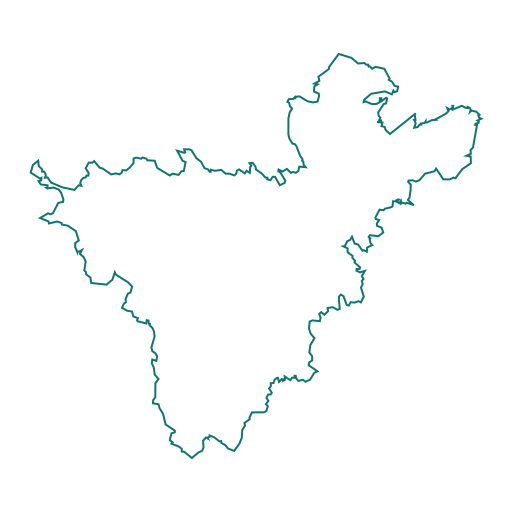 Ayutla, Jalisco, Mexico (Mercator projection)
{"feature_id": "50627088B89309847194921", "entity_name": "Ayutla", "entity_type": "district", "adm_level": 2, "iso_a3": "MEX", "parent_name": "Mexico", "parent_adm1": "Jalisco", "projection": "mercator", "projection_center": [-104.414, 20.041], "detail": "fine", "context": "isolated", "style": "outline", "palette": "teal", "viewbox_px": 512, "rotation_deg": 0, "n_neighbors": 0, "source": "geoboundaries", "source_scale": "gbopen_adm2", "svg_char_len": 6014}
<svg xmlns="http://www.w3.org/2000/svg" viewBox="0 0 512 512"><path d="M329.1,67.0L328.8,69.1L318.4,76.7L319.4,80.9L314.3,83.6L317.6,84.4L314.3,86.4L314.0,91.5L318.7,93.6L319.1,95.9L317.5,101.6L313.0,102.4L307.7,101.3L299.5,96.4L296.8,96.6L295.3,98.0L295.0,97.0L293.3,98.9L288.8,99.2L287.4,101.8L289.1,102.8L290.0,106.3L292.1,108.6L289.7,112.4L288.4,118.5L288.4,134.6L289.5,138.8L292.4,143.6L294.7,144.0L296.5,146.3L300.1,155.8L302.5,159.1L302.1,160.7L303.3,161.6L303.7,165.0L305.6,167.2L299.3,166.6L298.3,170.9L295.9,172.8L293.0,171.9L291.0,172.9L286.9,168.9L282.5,171.6L278.6,169.5L278.3,171.3L280.4,172.6L285.3,180.6L284.5,183.0L279.8,185.2L275.0,176.8L272.7,176.8L270.4,180.2L267.2,179.3L267.4,177.7L265.3,177.5L261.9,173.6L256.0,169.5L255.5,166.7L252.6,162.8L249.5,163.2L251.3,165.7L250.1,167.4L249.8,172.9L246.6,170.8L244.8,173.4L239.1,169.4L236.9,170.6L236.3,173.5L234.4,175.4L229.5,173.7L225.7,173.7L221.3,169.9L214.8,170.8L210.8,169.7L210.6,171.8L209.7,171.8L208.0,169.4L204.4,168.1L201.1,161.8L196.3,158.1L191.5,150.2L189.2,149.3L184.1,149.3L185.1,152.4L184.4,152.8L177.1,150.7L182.6,160.8L185.6,162.0L183.8,171.0L181.3,171.3L178.6,174.9L172.6,173.7L169.8,175.5L157.2,167.9L154.7,160.7L147.3,160.3L146.4,158.7L142.4,157.5L141.2,158.7L136.2,157.6L133.6,158.5L133.5,163.2L129.4,167.9L126.2,170.4L122.5,170.1L121.6,172.8L119.4,174.3L115.9,173.4L111.2,174.4L102.8,168.6L99.7,167.7L94.1,161.1L92.3,162.7L88.7,162.6L85.7,168.3L88.6,173.0L88.4,175.6L86.4,175.7L85.7,177.4L83.4,177.9L81.1,180.3L80.2,183.2L81.3,185.8L78.7,185.3L74.4,189.9L62.6,187.4L51.0,182.6L47.6,177.4L44.9,177.7L45.8,175.4L45.1,173.0L44.1,171.6L42.1,171.6L42.2,169.5L38.8,166.1L38.2,160.7L32.9,165.0L30.7,172.6L39.9,178.5L41.4,177.8L41.2,180.4L38.5,181.1L40.9,184.5L47.6,185.3L47.5,187.6L46.4,187.8L47.4,188.5L53.4,187.5L58.6,189.5L61.1,192.7L63.4,199.3L63.1,201.9L58.2,202.9L53.2,212.9L50.7,214.3L48.0,213.3L40.1,218.0L48.5,221.4L49.0,223.5L57.0,221.5L61.5,222.9L61.9,224.5L67.9,225.7L75.8,231.1L78.8,240.5L75.3,243.0L75.2,247.2L77.3,252.1L77.4,251.2L79.1,251.7L81.9,250.1L79.9,253.9L83.6,257.0L85.7,261.5L84.3,270.5L85.9,272.0L86.2,274.3L90.4,277.6L91.2,283.0L106.6,284.6L112.4,279.7L114.8,272.3L115.9,274.6L128.2,282.4L132.1,286.6L130.5,292.4L127.9,293.7L125.6,298.9L125.9,302.3L123.9,303.6L122.0,307.8L127.1,310.7L132.0,311.6L133.4,316.5L137.9,318.1L137.0,320.3L137.7,321.3L146.2,323.4L146.7,320.2L148.5,320.6L148.7,323.6L149.9,323.9L149.6,325.1L152.6,328.2L154.0,331.6L154.6,336.6L151.4,347.5L152.4,351.3L155.0,352.8L157.2,356.2L156.3,360.9L152.3,359.5L151.8,363.2L153.8,367.6L154.7,374.5L158.5,379.0L155.4,383.2L155.3,397.3L153.2,400.1L152.9,403.3L158.5,404.3L159.6,408.3L163.1,413.9L165.6,424.5L174.8,430.6L174.8,432.3L171.4,433.4L169.8,440.2L172.7,442.3L171.5,443.7L178.5,446.4L181.7,448.7L181.8,451.6L184.1,451.7L191.9,458.0L198.4,452.5L202.2,450.7L203.5,447.4L203.1,440.6L206.1,437.5L207.9,438.6L207.5,437.7L209.6,436.7L209.6,435.5L214.2,437.3L219.4,441.4L221.2,441.1L221.4,443.0L225.3,445.1L228.0,448.5L234.1,450.9L239.5,443.5L241.8,437.7L242.3,429.7L245.0,425.8L244.4,423.0L249.7,419.2L249.4,417.6L252.0,412.4L264.1,412.3L266.5,410.8L267.8,406.2L265.9,404.1L268.4,400.9L266.4,397.9L268.1,394.6L270.8,394.4L271.8,392.8L269.1,388.5L270.9,386.1L270.7,383.3L273.5,383.0L274.6,379.7L276.8,378.0L277.9,377.8L279.0,381.9L281.8,379.0L283.0,379.3L282.9,380.8L285.0,379.9L284.7,376.4L290.4,380.2L292.0,377.7L294.4,377.8L294.6,375.8L295.7,375.8L296.2,378.4L298.3,380.9L303.0,379.8L305.5,381.8L310.1,379.6L314.2,372.9L317.5,371.3L308.6,365.2L309.2,362.4L312.2,360.4L312.1,356.1L309.3,352.5L310.4,344.9L314.5,338.2L310.6,333.6L309.0,328.4L309.7,321.5L312.7,320.4L319.9,321.2L320.5,317.6L319.3,313.9L321.2,312.1L324.4,314.8L328.1,311.1L327.6,308.0L332.8,307.2L337.3,309.8L339.7,309.0L338.9,298.9L339.1,296.4L340.9,294.6L343.5,296.2L346.7,305.0L348.9,305.5L350.6,302.2L354.4,302.6L358.5,301.2L360.9,302.4L363.8,296.6L361.0,287.7L362.7,284.0L361.8,280.9L363.5,279.0L361.8,276.2L364.9,270.9L359.9,272.3L356.4,270.6L356.6,268.9L359.6,269.0L360.0,267.3L354.5,262.4L355.0,260.7L352.3,257.7L352.6,255.9L347.6,252.3L347.6,248.4L343.3,246.3L344.9,246.0L347.2,241.2L350.0,240.0L352.0,236.7L354.6,243.6L358.1,244.5L362.4,250.7L363.8,250.1L366.8,251.7L367.2,247.5L372.3,245.1L370.6,243.3L369.6,239.1L370.3,238.4L368.7,237.0L369.9,235.2L378.4,236.2L383.2,232.5L381.7,227.7L377.1,225.9L376.8,223.5L379.1,220.1L375.8,219.0L375.4,217.6L379.5,209.7L383.6,210.2L384.9,208.7L391.6,207.1L392.6,206.0L393.0,201.3L394.8,201.4L398.0,199.4L398.9,199.6L396.8,201.8L399.3,203.2L400.8,201.0L401.0,203.5L402.2,202.6L405.6,203.7L406.6,202.7L413.7,205.1L407.9,199.9L409.5,197.6L410.6,190.2L410.7,184.5L408.2,182.0L408.5,180.6L412.6,180.3L415.9,181.5L419.4,180.3L425.0,173.7L434.5,171.3L436.1,168.6L443.3,179.3L449.7,179.4L453.4,177.6L455.4,178.3L462.2,169.2L470.9,163.2L470.7,156.5L466.5,155.8L470.8,153.8L470.6,150.1L473.0,147.5L477.0,124.9L475.1,124.8L475.4,123.8L478.6,122.8L478.8,121.6L477.4,120.6L481.3,118.7L479.1,117.7L478.4,115.3L479.5,114.8L476.4,111.8L471.7,110.6L470.0,112.0L470.7,109.7L469.9,108.0L467.8,107.0L467.9,108.1L465.6,107.8L461.8,105.8L452.7,109.6L453.2,105.9L452.3,105.9L452.4,108.2L449.5,109.4L447.2,108.1L448.5,111.2L445.6,113.9L435.6,119.3L436.1,119.8L431.7,120.2L427.4,122.3L425.6,122.3L425.6,121.4L424.6,123.0L420.9,123.5L421.2,124.6L419.4,124.8L417.6,127.1L414.2,127.7L415.7,123.2L414.1,119.9L415.5,119.9L414.7,114.5L415.8,113.3L390.0,134.0L385.8,130.2L384.6,126.9L381.5,126.1L382.5,122.6L377.0,122.1L381.2,121.5L380.9,120.3L379.1,120.4L380.4,117.7L378.7,116.0L378.2,112.4L383.7,104.0L386.0,103.5L387.1,98.6L386.1,97.8L381.6,101.0L381.3,98.2L379.9,98.2L379.8,100.8L381.1,101.4L376.3,104.0L372.0,104.1L365.6,101.4L363.7,102.1L364.2,99.8L371.1,93.8L384.9,91.4L391.9,94.3L393.4,90.6L394.4,92.2L397.2,91.2L398.2,86.7L394.5,85.8L392.0,81.7L388.8,79.8L389.6,78.6L384.3,68.8L375.5,66.8L372.1,68.8L369.7,66.3L368.6,66.6L368.2,64.7L366.0,64.6L364.5,63.0L358.1,63.5L351.4,57.8L338.7,54.0L329.1,67.0Z" fill="none" stroke="#0f766e" stroke-width="2"/></svg>